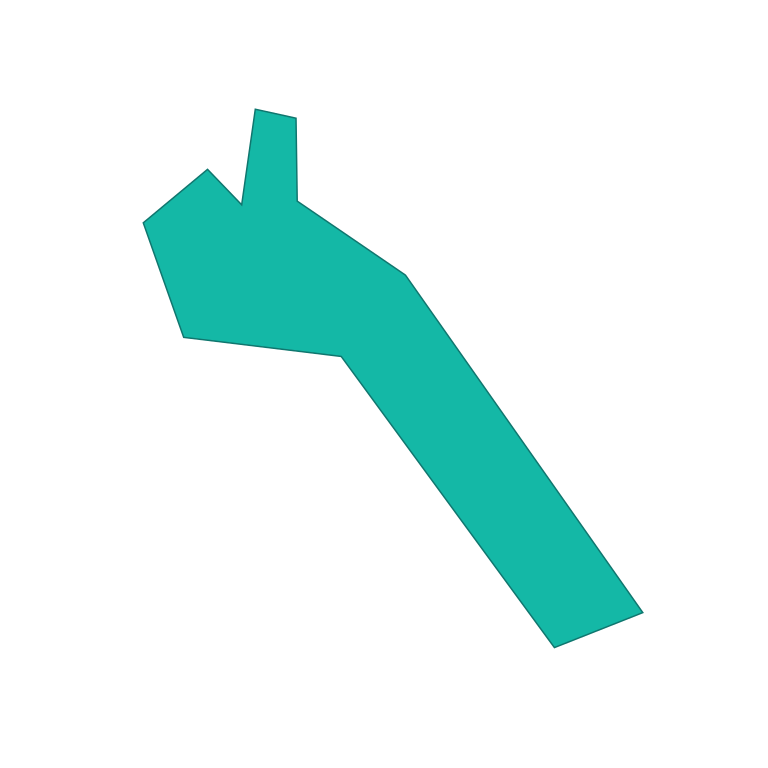 Kapoeta South, Eastern Equatoria, South Sudan (Robinson projection), rotated 345°
{"feature_id": "79223893B10541432646171", "entity_name": "Kapoeta South", "entity_type": "district", "adm_level": 2, "iso_a3": "SSD", "parent_name": "South Sudan", "parent_adm1": "Eastern Equatoria", "projection": "robinson", "projection_center": [33.621, 4.545], "detail": "fine", "context": "isolated", "style": "filled", "palette": "teal", "viewbox_px": 768, "rotation_deg": 345, "n_neighbors": 0, "source": "geoboundaries", "source_scale": "gbopen_adm2", "svg_char_len": 314}
<svg xmlns="http://www.w3.org/2000/svg" viewBox="0 0 768 768"><g transform="rotate(345 384 384)"><path d="M193.2,166.0L202.6,287.1L349.8,346.3L480.4,682.7L574.8,671.8L432.9,284.4L347.5,184.9L367.8,104.5L330.8,85.3L292.9,174.1L269.1,131.0L193.2,166.0Z" fill="#14b8a6" stroke="#0f766e" stroke-width="1.5"/></g></svg>